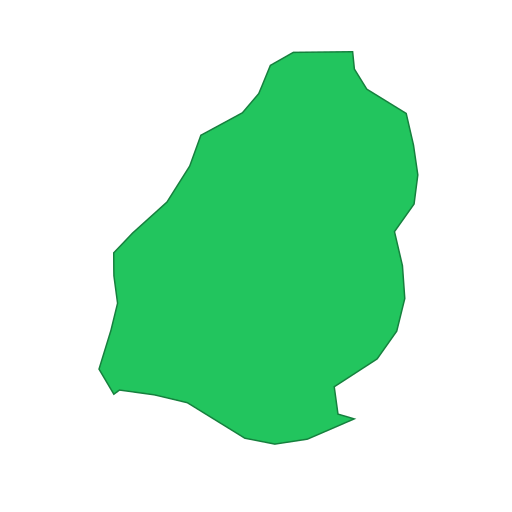 outline of Seongnam-si, Gyeonggi, South Korea, rotated 347°
{"feature_id": "91817680B94836834309250", "entity_name": "Seongnam-si", "entity_type": "district", "adm_level": 2, "iso_a3": "KOR", "parent_name": "South Korea", "parent_adm1": "Gyeonggi", "projection": "natural_earth1", "projection_center": [127.117, 37.399], "detail": "fine", "context": "isolated", "style": "filled", "palette": "green", "viewbox_px": 512, "rotation_deg": 347, "n_neighbors": 0, "source": "geoboundaries", "source_scale": "gbopen_adm2", "svg_char_len": 663}
<svg xmlns="http://www.w3.org/2000/svg" viewBox="0 0 512 512"><g transform="rotate(347 256 256)"><path d="M396.1,78.7L338.2,66.0L335.4,66.8L312.9,73.5L299.9,91.9L295.2,98.4L275.0,113.4L230.4,125.7L229.5,125.9L211.7,153.4L181.4,183.4L140.9,205.9L127.9,214.5L118.1,220.9L114.6,236.4L113.1,243.4L110.5,270.9L97.9,295.9L77.6,330.9L86.4,358.7L92.8,355.9L125.7,368.4L156.1,383.5L183.9,411.0L204.1,431.0L232.0,443.5L264.9,446.0L315.0,436.8L300.3,428.5L302.8,401.0L350.9,383.5L376.2,360.9L391.4,330.9L396.5,298.4L396.4,263.4L421.7,240.9L431.9,213.4L434.4,183.4L434.4,150.9L401.5,118.4L393.9,96.0L396.1,78.7Z" fill="#22c55e" stroke="#15803d" stroke-width="1.5"/></g></svg>